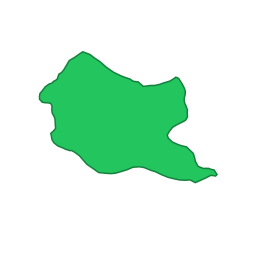 the district of Balakan District, Balakən, Azerbaijan, rotated 56°
{"feature_id": "54616110B63924922129682", "entity_name": "Balakan District", "entity_type": "district", "adm_level": 2, "iso_a3": "AZE", "parent_name": "Azerbaijan", "parent_adm1": "Balakən", "projection": "natural_earth1", "projection_center": [46.439, 41.744], "detail": "fine", "context": "isolated", "style": "filled", "palette": "green", "viewbox_px": 256, "rotation_deg": 56, "n_neighbors": 0, "source": "geoboundaries", "source_scale": "gbopen_adm2", "svg_char_len": 1561}
<svg xmlns="http://www.w3.org/2000/svg" viewBox="0 0 256 256"><g transform="rotate(56 128 128)"><path d="M216.8,82.2L216.4,80.2L211.0,80.1L208.9,82.1L206.5,83.8L203.5,88.3L198.9,91.4L193.6,90.8L189.0,89.1L185.5,88.1L176.3,90.1L173.5,92.8L170.0,95.6L164.4,99.1L158.8,100.3L155.8,99.4L154.1,96.0L152.4,90.8L152.6,85.7L153.3,80.8L153.8,76.2L152.2,72.6L147.6,69.8L146.5,68.7L142.2,67.6L139.0,67.1L135.4,65.3L133.9,63.8L132.3,62.0L129.8,60.0L126.8,59.1L122.2,58.5L115.2,58.3L112.6,59.9L112.7,62.3L112.6,66.6L111.5,70.4L110.2,74.5L109.7,76.9L107.8,81.8L104.9,86.3L103.9,88.6L102.0,92.1L95.6,93.7L92.2,97.5L88.4,99.1L84.4,102.2L81.1,104.5L76.7,107.1L73.7,108.8L65.5,112.0L63.2,112.6L57.4,114.1L51.1,116.7L45.7,118.5L39.5,122.9L39.5,127.3L39.6,133.0L39.2,139.0L41.4,143.5L43.8,148.6L44.9,152.1L44.7,155.1L46.4,157.4L47.8,159.2L48.0,161.6L47.7,163.2L48.2,166.1L47.4,169.1L47.6,173.5L48.9,177.5L50.2,181.7L52.1,183.6L54.8,185.3L58.7,184.7L60.7,182.6L62.3,180.4L64.2,178.4L67.1,178.6L70.5,181.1L73.3,182.5L77.4,182.9L79.4,183.4L82.3,185.0L84.9,186.6L87.9,188.3L88.9,192.0L89.3,195.1L91.0,195.6L95.0,197.5L98.9,197.7L103.8,196.1L107.1,193.8L110.6,191.7L114.3,188.8L115.3,187.2L118.7,185.6L123.8,183.8L135.0,182.4L140.2,180.4L141.6,179.8L148.6,177.2L151.1,174.1L153.0,171.9L156.2,167.8L158.4,163.8L160.3,158.0L162.1,152.1L163.3,145.8L166.7,140.0L170.0,136.6L176.0,132.6L179.6,129.7L185.3,126.4L191.5,122.2L196.5,117.6L200.0,114.2L203.2,109.9L205.8,105.5L210.9,102.8L211.9,97.5L213.0,90.5L213.6,85.7L216.8,82.2Z" fill="#22c55e" stroke="#15803d" stroke-width="1.5"/></g></svg>